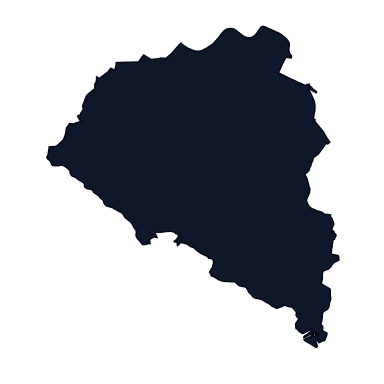 Catcau, Salaj, Romania, rotated 177°
{"feature_id": "2599482B34343100803691", "entity_name": "Catcau", "entity_type": "district", "adm_level": 2, "iso_a3": "ROU", "parent_name": "Romania", "parent_adm1": "Salaj", "projection": "equal_earth", "projection_center": [23.786, 47.241], "detail": "fine", "context": "isolated", "style": "filled", "palette": "ink", "viewbox_px": 384, "rotation_deg": 177, "n_neighbors": 0, "source": "geoboundaries", "source_scale": "gbopen_adm2", "svg_char_len": 5775}
<svg xmlns="http://www.w3.org/2000/svg" viewBox="0 0 384 384"><g transform="rotate(177 192 192)"><path d="M195.2,341.2L196.8,340.0L204.9,331.5L211.0,326.8L216.4,327.4L218.2,326.8L225.5,326.5L226.0,326.3L227.1,327.3L230.4,329.4L233.0,331.4L234.3,330.1L238.5,324.6L260.9,325.2L260.9,323.5L261.2,322.5L262.4,318.5L262.9,317.7L266.7,319.8L270.0,315.9L279.0,310.1L281.0,312.0L281.3,311.7L281.3,309.9L282.1,306.3L283.4,304.8L283.6,304.4L283.3,303.4L283.6,302.3L283.4,300.6L285.3,299.0L286.7,298.2L287.9,297.1L290.6,295.2L292.1,293.8L292.9,292.5L293.3,290.9L294.1,289.9L294.9,287.5L295.9,285.6L296.8,283.4L296.2,281.0L296.5,279.7L298.4,277.3L299.8,274.8L301.8,274.1L302.2,273.7L302.0,272.9L299.5,268.6L301.2,267.7L304.3,267.0L306.7,266.0L310.7,266.8L313.8,262.7L314.4,260.9L314.7,258.6L315.6,255.5L317.7,250.8L324.6,245.0L326.7,244.5L330.2,244.6L332.3,244.4L332.4,243.3L333.9,236.4L335.2,234.1L334.0,232.2L332.7,231.1L332.0,230.0L331.1,228.3L330.6,226.7L330.0,225.8L324.3,225.2L320.8,225.7L320.1,225.6L317.9,224.6L315.6,222.7L313.1,220.2L312.8,219.5L312.6,217.2L311.9,216.1L311.8,215.3L311.3,214.6L307.3,212.6L305.1,210.4L300.1,207.3L299.4,206.4L299.0,205.1L299.0,203.0L298.5,202.2L296.2,200.7L292.7,199.9L291.4,199.3L289.9,196.5L285.4,193.2L283.8,190.8L281.4,188.6L280.6,187.3L280.6,186.0L279.7,184.3L277.9,182.4L276.1,182.0L271.6,180.3L270.7,179.3L268.3,178.1L265.9,176.3L262.9,174.9L262.4,173.8L261.5,172.7L260.3,170.2L256.4,166.6L255.5,166.1L254.5,164.8L252.9,162.4L251.8,159.6L250.7,158.2L249.7,156.2L249.6,154.9L250.1,152.6L250.0,150.5L248.6,148.0L246.3,145.3L244.4,142.3L243.6,142.0L241.4,142.0L238.2,142.8L236.6,142.6L236.8,145.7L239.2,145.6L232.4,149.3L229.4,148.5L229.7,149.2L229.9,150.4L231.1,151.9L231.4,153.0L231.2,153.4L224.3,153.5L220.4,153.9L215.2,153.9L212.1,153.0L211.2,152.3L210.3,151.3L209.3,151.1L207.1,148.8L207.8,148.2L210.2,145.1L212.4,143.7L212.3,143.3L211.9,143.1L209.8,142.5L209.3,141.9L209.2,141.3L209.5,140.1L209.1,139.3L208.0,140.7L207.3,140.7L206.4,142.2L203.0,141.5L201.1,140.9L198.9,139.8L196.4,137.7L193.2,136.4L189.9,133.1L186.7,130.5L183.2,128.5L181.3,127.7L179.8,126.5L178.5,124.9L176.5,124.7L175.6,124.3L174.4,122.9L174.1,122.2L174.2,119.5L175.1,117.2L175.4,115.7L176.9,113.9L177.4,112.6L178.3,111.7L178.6,111.0L178.0,109.4L176.9,109.1L176.9,108.5L177.4,107.6L177.3,107.2L174.6,106.3L169.5,102.8L166.7,101.6L162.7,100.9L154.2,100.1L153.2,99.5L150.0,96.0L143.9,94.5L142.5,93.5L142.4,92.9L141.6,91.7L140.5,88.9L137.8,86.1L136.7,84.2L134.2,82.6L131.0,82.0L127.7,80.9L125.2,79.0L120.9,76.5L117.7,73.5L116.2,72.9L114.2,71.7L113.6,71.5L111.8,71.8L109.5,72.7L108.3,72.8L107.4,73.3L106.8,73.9L106.1,74.0L103.4,73.4L101.0,72.4L98.4,71.9L97.6,71.5L94.6,67.3L94.1,66.2L94.0,65.1L94.5,64.1L94.5,63.3L93.2,61.2L92.4,60.5L92.2,59.9L92.3,59.0L95.0,55.6L95.3,54.9L95.4,51.8L95.3,50.8L95.0,49.9L94.6,49.9L93.7,50.2L93.4,48.7L91.9,46.8L91.4,46.4L90.8,46.6L90.5,46.6L90.0,45.5L89.3,45.0L88.7,45.0L86.5,45.8L80.1,48.8L79.5,48.9L79.2,48.6L79.5,48.0L80.4,47.5L80.5,46.6L80.9,46.0L82.0,45.7L82.8,45.1L84.1,43.8L86.4,42.8L88.1,41.2L88.0,40.8L87.0,41.0L83.9,42.4L80.7,44.3L79.3,44.6L77.5,44.5L75.7,45.4L74.7,45.2L73.2,43.3L73.0,42.5L73.8,43.5L74.5,43.9L76.1,43.6L76.3,43.2L75.9,42.3L75.8,41.7L76.2,41.3L76.6,41.2L78.8,41.8L78.8,42.0L78.0,42.4L78.0,42.9L79.1,43.6L79.9,43.7L80.4,43.2L80.1,42.4L81.3,41.7L82.5,40.6L83.6,40.5L87.8,38.8L87.1,37.7L86.4,37.1L83.5,35.4L76.4,30.5L75.7,30.3L75.0,31.4L75.1,32.3L75.6,34.4L76.7,36.6L74.7,37.4L73.5,35.2L72.9,34.9L69.3,36.4L67.3,36.9L65.2,41.4L64.7,43.2L64.7,44.1L66.5,45.2L67.6,45.6L68.6,46.4L69.0,47.0L69.0,47.5L68.7,48.4L68.5,50.7L68.8,51.3L69.6,52.0L69.8,52.8L70.4,53.6L69.4,55.7L68.6,59.2L67.9,64.5L66.7,65.8L63.0,67.7L61.7,69.5L61.2,70.7L60.4,74.5L59.2,77.1L59.1,79.3L59.4,82.0L59.1,86.9L59.2,87.6L59.9,88.4L67.0,93.0L67.6,94.1L67.6,94.9L67.2,95.6L66.4,98.3L66.2,102.7L65.8,104.8L65.4,105.9L64.9,106.3L63.8,106.6L62.1,107.4L60.5,107.5L59.7,107.9L56.8,110.8L55.8,112.4L54.1,114.0L50.7,115.6L49.5,115.9L48.8,116.5L49.1,120.4L49.5,120.9L56.0,122.6L56.5,123.2L55.7,125.8L55.8,127.5L54.8,130.5L54.8,132.5L54.2,134.0L53.9,136.4L53.4,136.9L52.2,137.4L51.6,139.1L50.7,140.3L50.4,141.3L50.5,141.7L51.5,143.0L54.1,143.9L54.4,144.3L54.3,144.7L53.9,144.9L53.1,144.7L52.8,144.0L52.4,144.1L52.2,144.4L52.6,145.4L54.1,146.2L54.2,147.2L54.1,148.7L53.4,149.6L53.3,150.4L52.2,152.1L52.1,152.6L52.5,154.8L53.5,157.3L53.6,158.1L54.7,159.6L55.0,160.9L54.8,161.8L58.0,162.5L61.9,162.9L61.8,163.3L62.3,164.2L63.5,165.0L65.8,166.0L67.3,166.1L70.6,168.0L73.1,169.0L75.0,170.7L76.2,172.3L77.3,174.3L78.1,177.2L78.4,177.7L74.8,185.0L74.1,188.9L74.8,190.5L75.3,193.8L76.8,200.4L78.6,203.3L77.1,204.9L76.1,205.5L74.0,207.6L73.1,210.3L72.3,211.4L71.7,212.8L71.4,214.3L70.4,216.0L69.8,216.8L69.5,219.0L69.1,220.0L64.2,223.1L60.4,227.4L55.8,233.2L54.9,233.6L53.9,232.9L51.8,234.6L54.6,238.9L57.5,244.9L58.3,246.2L64.8,254.8L65.5,256.2L65.6,257.4L65.4,257.7L66.5,258.6L66.8,259.2L66.7,260.4L65.1,267.0L64.7,272.5L65.2,276.2L67.9,283.4L70.4,289.0L70.1,289.1L68.1,288.0L63.0,284.6L62.7,284.7L62.4,285.6L66.5,289.0L67.1,290.4L68.0,290.8L69.0,292.0L69.6,293.6L70.8,292.8L71.0,293.1L71.7,292.5L72.2,293.1L72.9,292.1L78.4,295.2L79.5,295.6L89.9,301.1L99.5,306.6L93.8,317.3L91.2,321.6L86.1,320.7L85.8,320.9L85.5,322.4L87.3,325.5L87.9,328.1L87.9,329.5L87.1,333.8L87.2,335.7L88.3,338.0L90.7,341.1L95.2,345.0L97.2,346.2L111.2,353.4L112.7,353.7L114.1,353.2L114.8,352.6L118.9,347.3L120.8,345.3L122.6,344.0L125.0,343.1L126.2,343.0L128.5,343.2L130.6,343.9L131.9,344.6L133.2,345.5L140.5,351.8L142.4,352.8L145.3,353.3L148.5,352.9L151.5,351.2L153.5,349.3L157.5,344.6L163.1,338.9L169.2,335.2L174.4,332.8L176.5,332.3L178.7,332.2L181.4,332.6L183.5,333.3L185.4,334.2L188.9,336.0L191.0,337.5L194.4,340.2L195.2,341.2Z" fill="#0f172a" stroke="#020617" stroke-width="1.5"/></g></svg>